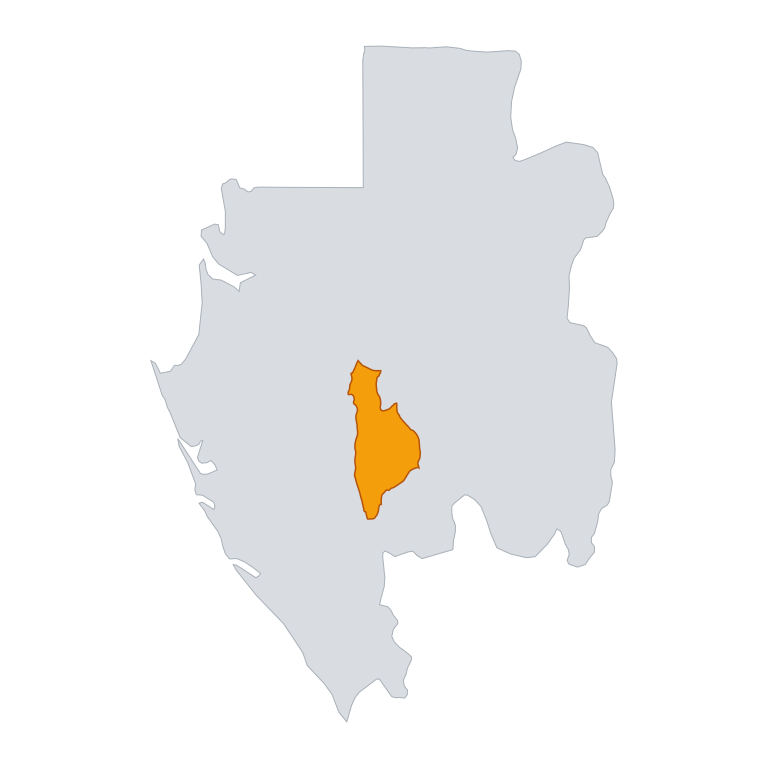 Ogoulou, Ngounié, Gabon shown in context
{"feature_id": "22940354B22341987955952", "entity_name": "Ogoulou", "entity_type": "district", "adm_level": 2, "iso_a3": "GAB", "parent_name": "Gabon", "parent_adm1": "Ngounié", "projection": "equal_earth", "projection_center": [11.519, -1.32], "detail": "fine", "context": "in_parent", "style": "filled", "palette": "amber", "viewbox_px": 768, "rotation_deg": 0, "n_neighbors": 0, "source": "geoboundaries", "source_scale": "gbopen_adm2", "svg_char_len": 6485}
<svg xmlns="http://www.w3.org/2000/svg" viewBox="0 0 768 768"><path d="M521.3,61.4L520.9,69.0L514.5,87.6L511.5,101.9L510.7,117.2L512.5,129.5L515.6,138.2L517.6,147.8L516.0,154.4L513.0,157.3L515.1,160.6L519.7,161.4L527.7,158.5L539.8,153.4L555.8,146.1L566.3,142.1L583.6,144.6L592.9,147.4L597.6,152.6L602.8,174.5L605.3,177.8L609.5,187.1L613.0,198.3L613.8,204.0L613.4,208.1L609.8,214.2L605.9,223.1L604.5,228.5L601.2,232.5L597.0,236.4L585.4,238.0L583.6,240.3L580.4,249.8L574.3,257.9L571.5,265.5L569.0,275.6L569.5,288.1L568.3,306.2L567.0,318.4L570.1,322.7L583.9,325.7L586.6,328.1L590.3,335.7L595.0,342.8L607.7,347.3L612.6,352.7L616.6,358.7L617.1,363.6L614.2,383.2L611.4,402.0L612.5,416.3L613.6,430.0L615.1,450.0L614.4,462.1L610.8,469.5L610.8,475.4L612.4,482.4L609.3,501.8L607.2,505.1L601.5,508.7L598.6,513.9L597.6,522.1L594.5,533.3L591.4,537.4L591.4,542.6L594.4,546.4L594.4,552.2L588.7,559.2L585.3,564.5L577.7,567.1L569.1,564.3L567.1,560.5L569.2,554.4L568.4,549.6L565.5,544.6L560.9,531.5L556.8,528.8L554.5,534.1L547.5,544.0L535.1,556.7L526.4,557.7L510.4,553.9L496.9,547.8L490.6,532.9L486.7,520.6L480.9,506.3L474.5,499.5L467.6,495.2L464.6,494.9L454.7,502.9L451.8,506.0L451.8,512.7L452.7,518.9L454.2,521.9L455.5,525.9L455.3,532.1L453.5,540.4L452.9,549.6L422.1,558.6L416.8,555.3L412.9,551.2L408.2,551.9L394.9,556.6L390.0,553.4L385.1,551.0L382.9,553.0L382.7,556.9L384.9,578.4L384.2,586.7L381.2,597.4L379.6,604.7L387.8,606.7L390.8,610.1L393.6,615.5L397.6,620.6L397.8,623.6L393.4,629.3L391.8,636.2L394.0,641.6L399.5,647.3L407.6,653.2L411.6,657.0L411.2,660.5L407.5,668.0L406.0,674.4L403.4,680.1L404.0,685.4L407.6,690.3L407.2,694.7L404.7,698.1L399.7,697.4L395.4,697.8L391.6,696.5L379.6,679.4L376.9,678.9L359.5,692.0L355.2,697.4L351.6,705.2L346.8,721.9L338.9,712.2L332.0,694.3L324.1,683.4L307.3,665.6L302.8,652.6L283.7,623.8L256.1,595.1L236.2,570.1L233.2,564.6L236.5,565.2L255.8,577.7L258.4,576.3L260.6,573.5L252.3,567.0L244.4,561.8L236.9,558.6L229.5,558.9L225.3,553.6L222.6,545.6L221.2,538.7L217.9,531.5L207.4,516.7L204.8,511.0L199.0,503.2L202.5,502.2L213.9,509.6L214.9,506.7L213.9,502.3L202.5,495.2L196.3,494.7L194.9,489.8L195.7,484.0L187.6,462.4L179.1,446.3L177.8,438.6L200.6,473.7L203.7,474.3L207.7,474.0L217.1,470.1L215.3,465.4L211.1,460.4L206.9,462.7L201.6,463.2L198.7,461.0L197.5,457.4L202.8,440.4L200.5,441.2L198.8,444.3L195.9,445.7L191.3,446.6L180.1,437.5L170.2,412.8L167.6,407.8L164.9,399.2L162.3,395.6L150.9,360.6L155.3,363.2L160.4,373.3L170.5,371.2L174.5,365.3L177.9,365.5L181.4,364.2L185.9,358.7L198.8,334.5L202.2,302.7L201.1,283.7L199.2,265.0L203.5,259.0L205.2,262.9L206.0,269.6L208.0,274.5L212.6,279.0L221.2,280.1L234.4,287.1L239.1,291.5L240.4,282.7L255.7,275.1L251.1,272.4L237.5,275.4L218.9,264.2L212.8,257.0L207.0,243.4L201.1,236.3L201.5,229.9L214.8,224.1L218.3,224.7L219.8,231.7L223.4,234.6L224.7,233.7L225.3,227.7L225.4,211.6L221.3,188.6L222.5,184.1L226.2,182.5L229.5,179.5L231.7,178.9L236.2,179.5L238.5,184.8L239.7,187.8L244.3,189.1L248.0,192.0L251.3,191.2L253.9,187.9L257.9,187.2L270.0,187.2L281.0,187.3L302.9,187.4L324.9,187.5L346.8,187.6L363.3,187.6L363.2,174.5L363.2,154.2L363.1,130.2L363.0,107.2L362.9,85.9L362.8,60.7L363.7,53.5L364.8,50.5L364.4,46.4L381.3,46.1L412.1,47.9L425.5,47.7L429.3,48.0L446.1,46.8L459.7,48.3L465.4,50.1L470.6,51.0L486.9,52.1L508.1,50.7L515.4,51.1L519.4,54.6L521.3,61.4Z" fill="#d9dde1" stroke="#a8b0b8" stroke-width="1"/><path d="M381.3,504.4L381.2,503.2L381.2,501.5L381.2,499.9L381.3,498.5L381.5,497.4L381.6,496.2L382.0,495.1L382.6,494.1L383.6,493.2L384.6,492.1L385.1,491.3L385.7,490.7L386.6,490.0L387.4,490.0L388.0,490.3L388.8,490.3L389.4,490.0L390.0,489.4L390.6,488.7L391.4,488.2L392.3,488.0L393.4,487.6L395.0,486.7L397.1,485.3L400.4,483.1L403.3,481.0L404.2,479.9L408.5,472.9L409.8,470.9L411.1,470.2L412.7,469.2L414.6,468.4L416.0,467.9L417.5,467.5L418.3,467.4L418.9,467.8L418.7,467.0L418.5,465.9L418.2,465.0L417.9,463.9L417.9,462.9L418.0,461.9L418.6,460.9L418.9,460.2L419.3,459.2L419.6,458.4L420.0,457.2L420.1,455.7L420.2,453.2L420.2,451.6L420.0,450.2L419.7,449.0L419.6,447.7L419.4,445.0L419.3,443.3L419.2,441.8L419.0,440.1L418.3,437.8L417.5,435.9L416.5,434.3L415.6,433.2L414.7,432.2L414.0,431.3L413.3,430.7L412.4,430.3L411.5,430.0L410.6,429.5L408.7,427.1L406.2,424.4L402.6,420.5L400.3,417.6L399.7,416.5L399.3,415.3L398.2,413.8L397.4,412.5L397.0,410.9L396.8,409.0L396.8,407.0L396.8,405.4L396.8,404.1L396.7,403.3L396.1,403.2L395.6,403.4L395.1,403.8L394.3,403.8L393.5,404.9L392.8,405.6L391.9,406.2L390.2,408.1L389.4,408.9L388.6,409.2L387.4,409.6L386.1,410.1L385.0,410.5L383.9,410.8L382.9,410.8L381.8,410.6L381.2,410.2L380.7,409.5L380.3,408.1L380.2,407.0L380.2,406.3L380.5,405.5L380.7,404.4L380.7,402.9L380.5,400.7L380.1,398.5L379.6,397.0L378.8,395.6L377.9,394.3L377.2,392.5L376.8,391.0L376.3,386.2L376.2,383.3L376.5,381.2L376.8,379.6L376.9,378.3L377.5,377.1L378.2,376.4L378.9,376.0L379.3,375.3L379.3,374.3L379.9,373.5L380.4,373.0L380.6,371.9L380.7,370.6L378.3,370.7L375.2,370.7L373.3,370.4L371.0,369.6L367.7,367.9L364.8,366.5L362.5,365.5L361.8,364.7L359.9,362.7L358.1,360.6L356.7,363.4L355.8,365.6L355.0,367.8L353.5,370.7L352.9,372.1L352.3,373.1L351.8,373.1L351.0,373.4L351.1,373.9L351.3,375.3L351.7,376.5L352.0,378.5L351.8,380.4L351.3,381.9L350.7,382.9L349.9,384.9L349.8,386.4L349.5,389.0L349.0,390.4L348.3,391.9L348.1,392.8L348.2,394.1L348.5,394.6L349.2,394.6L350.1,394.4L351.1,394.3L351.9,394.6L352.4,394.9L353.1,395.5L353.7,396.5L354.1,397.9L354.2,399.2L354.2,400.4L353.6,401.5L353.5,402.6L353.8,403.7L354.5,404.4L355.3,404.8L355.9,405.4L356.6,406.7L357.2,408.1L357.5,409.5L357.3,411.1L356.8,412.8L356.3,414.4L356.0,415.4L355.9,416.8L356.0,419.0L356.3,420.8L356.8,423.4L357.1,424.7L357.1,426.7L357.2,428.4L357.6,431.3L357.6,433.4L357.3,435.8L356.8,437.0L356.2,438.7L355.7,440.8L355.2,442.6L354.9,445.4L354.9,447.9L355.3,449.9L355.7,451.7L355.7,454.2L355.5,455.4L355.5,455.5L355.0,458.7L354.9,461.5L355.2,464.2L355.6,466.3L355.6,468.4L355.4,469.9L355.1,471.6L354.8,473.0L354.6,474.4L354.6,475.9L355.0,477.3L355.7,479.5L356.1,481.2L356.8,483.6L359.6,492.2L360.9,497.5L362.1,501.4L362.4,503.1L362.8,504.9L363.0,506.2L363.4,507.4L363.8,509.0L363.8,510.2L364.2,511.0L364.8,511.7L365.4,511.7L365.9,512.1L366.0,512.9L366.2,514.2L366.6,515.7L366.9,517.1L367.2,518.0L367.6,519.0L369.8,519.0L371.2,518.9L372.1,518.9L373.5,518.7L374.3,518.4L374.9,517.6L375.4,516.8L376.2,515.9L376.8,515.2L377.4,513.9L378.0,512.2L378.5,510.3L378.6,508.2L379.0,506.5L379.6,505.1L380.4,504.4L381.3,504.4L381.3,504.4Z" fill="#f59e0b" stroke="#b45309" stroke-width="1.5"/></svg>